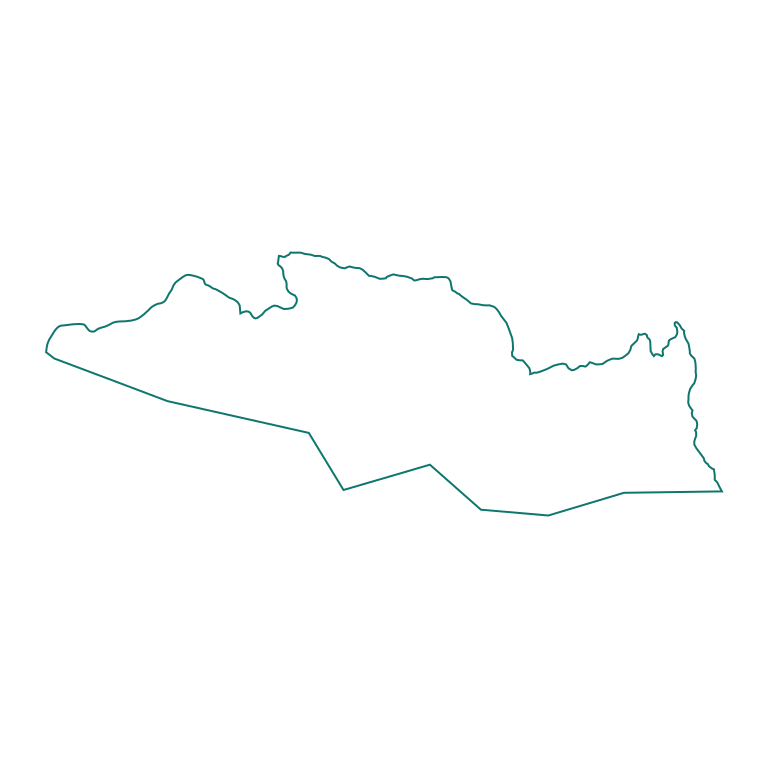 Taklai, Geylegphug, Bhutan (orthographic projection)
{"feature_id": "84629894B24283524280478", "entity_name": "Taklai", "entity_type": "district", "adm_level": 2, "iso_a3": "BTN", "parent_name": "Bhutan", "parent_adm1": "Geylegphug", "projection": "orthographic", "projection_center": [90.652, 26.809], "detail": "fine", "context": "isolated", "style": "outline", "palette": "teal", "viewbox_px": 768, "rotation_deg": 0, "n_neighbors": 0, "source": "geoboundaries", "source_scale": "gbopen_adm2", "svg_char_len": 5977}
<svg xmlns="http://www.w3.org/2000/svg" viewBox="0 0 768 768"><path d="M278.9,255.9L278.2,261.2L277.7,263.5L278.4,265.0L280.3,266.4L282.2,268.4L283.2,271.2L283.3,274.2L283.9,277.1L284.5,278.5L285.2,279.8L286.1,281.2L286.6,283.9L286.6,286.2L286.6,287.5L286.9,288.8L288.4,291.5L290.9,293.6L293.6,294.9L294.9,295.5L295.6,296.5L296.3,297.6L296.6,298.5L296.9,300.4L296.4,302.8L294.8,305.5L292.8,307.6L289.5,308.5L286.9,308.9L285.3,308.9L283.9,309.0L282.2,308.3L279.0,306.8L277.2,306.0L275.8,305.8L274.3,305.6L272.9,306.1L271.7,306.6L270.2,307.6L267.0,309.7L265.3,310.7L263.7,312.7L262.0,314.6L260.7,315.6L258.3,317.3L257.2,318.0L255.3,318.4L254.1,317.9L252.6,316.5L251.1,314.3L250.4,312.9L249.5,312.3L248.8,311.7L247.6,311.5L246.5,311.3L245.3,311.5L242.5,312.3L240.4,313.5L240.0,309.2L239.7,305.6L238.7,303.7L238.0,302.6L237.1,301.7L236.0,300.9L234.9,300.1L233.8,299.4L232.6,298.9L231.3,298.4L230.1,298.0L228.9,297.5L227.8,296.7L226.7,295.9L225.7,295.2L224.6,294.4L223.5,293.7L222.4,292.9L221.2,292.3L220.1,291.6L218.9,291.0L217.8,290.3L216.6,289.7L215.4,289.1L214.1,288.8L212.9,288.4L211.8,287.7L210.7,286.8L209.6,286.2L208.4,285.5L207.1,285.1L205.9,284.6L204.9,283.8L204.5,282.5L204.1,281.2L203.6,279.9L202.8,279.1L201.6,278.5L200.4,278.0L199.1,277.5L197.9,277.0L196.6,276.6L195.4,276.2L194.1,275.9L192.8,275.6L191.4,275.3L190.1,275.0L188.8,274.9L187.5,274.9L186.3,275.1L185.1,275.6L183.9,276.3L182.7,277.0L181.7,277.8L180.6,278.6L179.5,279.4L178.5,280.2L177.4,281.0L176.4,281.8L175.4,282.7L174.6,283.8L173.8,284.9L173.2,286.0L172.7,287.3L172.2,288.5L171.7,289.7L171.0,290.8L170.2,291.9L169.4,293.0L168.8,294.1L168.2,295.3L167.6,296.5L167.0,297.7L166.3,298.8L165.6,300.0L164.8,301.0L163.8,301.9L162.6,302.5L161.4,303.1L160.1,303.4L158.8,303.6L157.5,303.9L156.3,304.4L155.1,305.0L153.9,305.6L152.8,306.3L151.7,307.0L150.7,307.9L149.8,308.8L148.8,309.8L147.9,310.7L146.9,311.6L145.9,312.5L145.0,313.4L144.0,314.3L142.9,315.1L141.9,315.9L140.8,316.7L139.7,317.5L138.6,318.2L137.4,318.8L136.2,319.3L134.9,319.7L133.7,320.0L132.4,320.3L131.1,320.6L129.8,320.8L128.4,320.9L127.1,321.1L125.8,321.2L124.5,321.3L123.2,321.3L121.9,321.4L120.5,321.4L119.2,321.5L117.9,321.6L116.6,321.8L115.3,322.0L114.0,322.4L112.8,322.8L111.6,323.4L110.4,324.1L109.3,324.7L108.1,325.3L106.9,325.8L105.6,326.4L104.4,326.8L103.1,327.1L101.8,327.5L100.6,327.9L99.3,328.3L98.1,328.9L97.0,329.5L95.9,330.4L94.8,331.1L93.6,331.6L92.3,331.6L90.9,331.4L89.7,330.9L88.7,330.1L87.8,329.0L87.0,328.0L86.1,326.9L85.4,325.8L84.5,324.8L83.3,324.4L82.0,324.2L79.8,324.0L78.4,324.0L77.1,324.1L75.8,324.1L74.5,324.2L73.2,324.3L71.8,324.4L70.5,324.6L69.2,324.7L67.9,324.9L66.6,325.1L65.3,325.2L64.0,325.4L62.6,325.5L61.3,325.6L60.0,326.0L58.9,326.6L57.8,327.3L56.8,328.3L55.9,329.3L55.1,330.3L54.3,331.4L53.6,332.5L52.9,333.6L52.2,334.8L51.5,335.9L50.8,337.0L50.1,338.2L49.4,339.3L48.8,340.5L48.3,341.7L47.8,342.9L47.4,344.2L47.1,345.5L46.8,346.8L46.1,352.2L54.3,358.5L125.3,385.2L167.4,401.1L308.8,432.9L343.5,490.0L429.9,464.7L480.9,509.7L548.3,515.5L623.9,492.8L721.9,491.4L719.3,486.6L717.7,483.2L716.9,482.0L714.7,479.8L714.8,475.5L713.9,469.3L712.3,468.7L708.9,466.2L707.9,464.1L706.3,463.2L704.5,461.0L703.8,458.3L701.2,454.7L696.2,448.0L694.3,444.5L694.3,441.4L695.1,438.7L696.2,436.0L696.1,432.0L695.1,430.3L696.7,428.2L697.2,424.6L696.9,422.3L696.3,420.6L694.0,418.3L692.4,416.5L691.8,413.1L692.5,410.4L691.2,408.8L689.0,405.4L688.2,402.5L688.5,399.4L688.5,396.0L689.0,392.8L690.2,388.8L692.7,385.1L694.3,383.2L695.5,379.4L696.2,375.8L695.6,371.7L695.8,369.3L695.6,365.1L695.3,362.0L694.4,358.6L691.3,355.7L689.9,353.6L689.8,351.2L689.3,347.8L688.5,343.6L686.7,340.5L685.7,338.9L684.6,335.6L684.0,332.7L684.2,330.8L681.7,328.6L679.5,324.8L676.9,322.2L675.6,322.2L674.8,322.8L674.7,324.6L675.2,326.0L676.7,327.7L677.1,329.9L677.3,332.8L676.9,334.3L675.3,337.1L670.3,339.4L669.0,340.6L668.6,342.2L668.5,344.0L667.9,345.7L663.2,349.0L662.7,350.6L662.6,351.7L662.8,352.9L663.1,354.9L662.0,356.2L658.9,354.6L657.1,354.2L655.2,354.4L653.9,356.1L651.9,353.6L651.4,352.3L650.7,351.4L650.3,343.4L650.2,341.0L649.3,339.1L647.7,337.9L647.0,336.4L646.8,335.0L645.0,333.8L643.9,333.9L641.2,334.8L639.7,334.6L638.8,334.2L638.1,336.3L637.6,339.2L636.6,340.9L631.4,345.9L630.2,350.2L628.4,353.3L625.3,355.8L622.2,357.9L618.4,358.9L612.8,358.6L611.3,359.0L606.9,360.9L602.6,363.9L600.0,364.3L596.0,364.4L591.5,362.7L589.7,362.3L588.7,363.5L588.1,364.4L586.1,366.2L585.1,366.6L583.0,366.0L580.1,366.0L577.3,368.2L573.9,370.0L571.6,370.2L569.8,369.0L568.6,368.4L567.3,366.4L566.1,364.4L562.7,363.6L557.9,364.5L553.8,365.6L546.9,369.1L542.2,370.9L538.9,372.1L536.6,372.7L534.4,372.6L532.0,373.6L530.1,374.1L530.3,372.8L529.9,369.7L529.0,367.7L527.8,366.3L525.6,363.6L523.8,361.5L522.6,360.3L519.7,360.3L516.6,359.8L514.7,358.0L512.2,355.9L512.0,352.2L512.5,351.3L513.1,349.5L512.9,346.4L512.9,343.8L512.2,338.3L511.5,336.3L508.7,328.5L506.5,322.9L504.5,320.3L501.1,315.9L499.1,312.3L496.6,309.0L494.4,307.0L491.7,306.0L489.3,305.3L486.7,305.4L483.0,305.2L477.8,304.2L475.0,304.2L471.0,303.4L466.9,299.9L462.4,296.8L460.1,295.0L459.3,294.1L457.2,293.3L455.5,291.9L452.8,290.5L452.0,289.7L451.5,286.7L451.1,285.0L450.5,281.4L448.9,278.8L447.6,277.7L446.1,277.2L442.7,277.0L439.1,277.1L434.3,277.3L432.6,278.3L429.8,278.7L427.7,279.1L423.4,278.8L422.3,278.8L419.7,279.2L415.7,280.4L414.1,280.4L411.9,278.5L409.7,277.7L406.9,276.7L402.9,276.0L399.2,275.7L393.3,274.4L389.1,275.9L386.7,277.0L385.8,278.3L382.5,278.7L379.6,278.8L377.0,277.7L374.7,276.8L370.9,275.9L368.9,275.8L365.7,272.5L362.6,269.7L359.7,268.2L354.9,267.8L352.1,267.2L349.5,266.5L346.0,267.7L345.1,268.3L341.5,267.8L339.2,267.0L336.8,265.5L334.9,263.5L331.5,261.7L328.9,259.0L325.4,257.6L322.6,257.0L319.9,255.9L314.8,256.0L310.9,254.7L304.7,253.9L300.9,252.7L298.3,252.6L296.3,252.7L295.2,252.7L292.6,252.7L290.5,252.5L289.4,254.2L288.4,255.0L286.2,255.9L285.2,256.8L283.7,256.9L282.3,256.7L280.3,256.0L278.9,255.9Z" fill="none" stroke="#0f766e" stroke-width="2"/></svg>